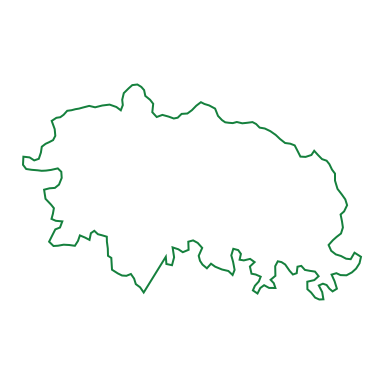 Erval Velho, Santa Catarina, Brazil
{"feature_id": "56859067B44756131485469", "entity_name": "Erval Velho", "entity_type": "district", "adm_level": 2, "iso_a3": "BRA", "parent_name": "Brazil", "parent_adm1": "Santa Catarina", "projection": "equal_earth", "projection_center": [-51.416, -27.284], "detail": "fine", "context": "isolated", "style": "outline", "palette": "green", "viewbox_px": 384, "rotation_deg": 0, "n_neighbors": 0, "source": "geoboundaries", "source_scale": "gbopen_adm2", "svg_char_len": 2867}
<svg xmlns="http://www.w3.org/2000/svg" viewBox="0 0 384 384"><path d="M314.2,150.8L311.4,155.0L305.6,156.9L300.4,156.6L297.9,151.6L294.7,145.4L290.3,143.7L285.1,143.0L279.9,138.9L275.8,135.0L270.4,131.2L264.8,128.5L259.6,127.6L256.1,124.0L252.5,122.1L247.1,122.8L242.3,123.3L236.8,122.0L232.8,123.1L229.0,122.8L225.2,122.3L222.0,120.1L218.0,115.9L215.1,108.6L209.1,105.4L204.5,104.0L200.9,102.2L196.3,105.7L191.9,110.2L187.4,113.5L181.6,113.9L177.7,117.7L173.8,118.5L168.6,116.6L162.4,114.9L156.7,117.0L152.3,112.2L153.2,103.8L150.1,99.8L145.3,95.9L144.1,90.1L141.3,86.9L137.4,84.5L132.3,85.1L128.8,88.2L123.8,93.1L122.2,99.8L122.8,105.1L120.8,110.3L116.4,107.0L109.6,104.6L102.3,105.5L95.1,107.3L89.2,105.9L83.0,107.5L79.0,108.6L75.4,109.2L71.6,110.2L67.2,110.8L63.6,114.8L60.3,117.2L56.4,117.8L51.7,120.9L54.7,129.1L55.3,135.8L53.1,140.1L49.1,142.2L45.6,143.8L41.8,146.7L40.9,152.6L38.8,158.8L34.2,160.4L29.6,157.4L23.4,156.7L23.0,164.8L26.2,169.0L31.6,169.8L37.6,170.3L41.7,170.8L45.9,170.6L51.1,169.9L57.8,168.4L61.3,171.8L61.7,177.9L59.0,184.6L54.9,187.9L49.5,188.3L44.1,189.7L45.5,198.8L51.1,204.7L53.9,208.2L52.9,213.8L51.5,218.9L55.8,220.8L62.3,221.4L60.0,227.5L55.3,229.4L52.3,235.3L49.1,241.7L53.5,246.0L58.1,245.7L63.6,244.7L69.2,245.0L74.9,245.8L78.0,240.9L79.9,235.4L84.9,237.5L89.5,239.9L90.9,233.2L94.3,230.8L97.9,234.2L102.1,235.3L106.8,236.7L106.9,241.7L107.8,248.5L108.0,255.8L111.3,257.9L112.0,269.7L117.8,273.4L122.0,275.5L126.4,275.8L130.9,274.0L134.1,278.6L135.8,284.1L140.1,287.3L143.7,292.5L165.8,256.8L166.4,264.0L172.0,265.2L174.1,257.3L172.6,247.4L178.4,249.3L182.8,252.2L188.6,249.8L188.3,241.7L193.1,240.4L197.7,242.9L202.2,247.9L198.7,255.8L200.0,260.8L202.5,264.6L206.9,268.3L211.0,263.7L215.2,266.7L222.0,269.5L228.4,271.0L232.6,275.0L234.6,269.9L233.1,261.9L231.3,255.4L233.3,248.8L238.2,250.1L240.9,253.9L239.6,259.7L243.8,260.4L250.1,258.9L254.6,262.1L249.9,266.5L251.5,273.7L255.7,274.5L260.7,276.7L258.8,281.5L254.9,285.8L252.9,290.4L257.5,293.5L260.3,288.0L264.1,285.2L269.0,287.9L275.4,288.0L273.8,283.2L270.6,279.8L275.4,275.8L275.2,266.2L277.8,261.3L281.5,262.1L285.2,264.5L289.6,270.8L292.9,274.5L296.7,273.2L297.5,266.7L301.3,265.9L304.9,269.9L309.6,270.8L315.0,271.6L318.6,276.2L314.3,280.1L307.3,281.7L307.4,289.2L311.1,292.5L315.1,297.6L319.3,299.5L323.4,299.3L322.2,292.1L318.8,285.5L322.9,283.7L326.6,285.0L329.4,288.7L332.6,291.4L336.9,288.7L334.6,281.3L331.6,274.6L336.4,273.2L340.5,275.1L346.5,275.3L351.9,272.4L356.1,268.6L359.5,263.3L361.0,256.8L354.5,252.7L350.7,259.2L346.1,258.7L341.0,256.0L335.8,254.4L331.2,250.8L328.6,245.0L332.9,240.2L336.6,236.9L341.0,233.5L342.9,227.5L342.0,221.4L340.6,214.5L344.1,211.4L347.1,205.2L345.3,199.4L341.9,194.6L337.5,188.9L335.0,180.6L335.0,173.6L332.0,169.6L329.4,164.2L326.6,160.7L322.0,159.1L317.8,154.8L314.2,150.8Z" fill="none" stroke="#15803d" stroke-width="2"/></svg>